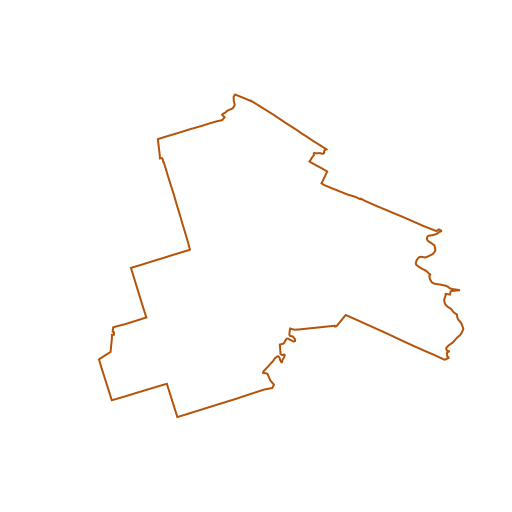 Gurbanesti, Calarasi, Romania (orthographic projection), rotated 71°
{"feature_id": "2599482B46558344458581", "entity_name": "Gurbanesti", "entity_type": "district", "adm_level": 2, "iso_a3": "ROU", "parent_name": "Romania", "parent_adm1": "Calarasi", "projection": "orthographic", "projection_center": [26.694, 44.368], "detail": "fine", "context": "isolated", "style": "outline", "palette": "amber", "viewbox_px": 512, "rotation_deg": 71, "n_neighbors": 0, "source": "geoboundaries", "source_scale": "gbopen_adm2", "svg_char_len": 5253}
<svg xmlns="http://www.w3.org/2000/svg" viewBox="0 0 512 512"><g transform="rotate(71 256 256)"><path d="M345.4,439.3L345.8,432.3L346.1,425.3L346.4,416.2L346.6,410.3L346.9,402.9L347.3,392.4L347.8,381.9L382.7,382.8L383.1,369.2L383.7,348.4L384.2,332.4L384.6,320.2L384.6,314.1L384.8,299.0L384.9,291.9L386.1,283.7L383.5,280.9L380.4,282.2L378.4,282.9L376.3,283.2L373.8,283.3L371.9,283.4L370.8,283.8L368.8,287.4L367.4,286.3L364.6,280.9L362.6,277.3L360.9,274.1L359.1,271.8L358.8,271.2L357.9,268.7L357.8,268.2L358.0,267.8L358.3,267.5L359.0,267.1L359.5,266.9L361.0,267.0L362.2,267.0L363.2,266.9L364.1,266.7L364.7,266.6L364.9,266.4L364.9,266.1L364.7,265.9L363.4,265.3L361.3,262.9L360.4,261.9L359.7,261.4L358.9,261.1L358.3,261.5L358.4,263.0L357.9,263.9L357.0,264.5L356.7,264.7L347.5,262.3L347.5,261.9L347.7,259.8L347.8,258.7L347.4,257.8L346.0,256.4L344.8,254.9L344.3,254.0L344.2,253.3L344.5,252.7L344.8,252.4L345.3,252.1L349.2,248.1L349.1,246.8L348.1,246.3L347.0,246.3L344.0,247.5L342.6,249.9L342.2,250.0L341.5,250.1L340.8,249.9L338.4,248.8L335.7,247.3L336.9,245.7L338.0,243.9L338.3,243.3L338.4,243.1L339.4,239.5L344.0,219.7L347.6,204.2L348.4,204.3L348.6,203.1L348.5,202.7L348.4,202.4L341.0,190.4L350.2,180.5L367.7,161.9L368.0,161.5L372.9,156.4L377.9,151.3L386.0,142.9L390.4,138.3L392.4,136.2L393.4,135.2L396.2,132.1L401.7,126.2L404.4,123.2L407.1,120.2L413.6,113.4L414.7,112.3L415.5,111.4L415.5,110.9L415.2,107.3L414.8,107.2L414.3,107.0L413.6,107.8L412.3,107.7L409.9,107.0L409.6,106.8L409.5,106.4L409.3,106.2L409.2,105.8L409.3,105.4L409.1,104.8L408.8,104.6L408.2,105.6L407.8,106.1L407.0,106.3L406.0,106.3L405.1,106.2L404.5,105.3L403.5,103.6L402.9,101.9L402.7,101.0L402.4,100.1L402.1,98.7L401.3,97.1L399.0,93.1L397.2,88.8L395.9,86.9L393.2,84.3L392.1,83.6L389.7,83.7L387.2,83.7L384.3,84.4L383.0,85.1L381.6,85.6L379.1,85.6L376.6,85.1L374.5,86.8L372.8,87.8L369.7,88.7L369.1,89.1L367.0,90.9L364.8,92.2L363.4,92.7L362.0,92.9L360.6,92.6L359.1,92.6L354.8,89.5L353.6,89.0L355.6,85.1L352.8,83.5L352.7,82.2L353.4,80.3L353.7,78.3L354.4,76.1L354.7,74.9L354.8,74.3L353.8,76.0L352.4,78.7L351.1,81.2L349.8,83.1L347.1,84.9L346.6,85.5L346.1,86.0L344.9,88.0L343.3,90.6L342.6,92.0L341.9,93.3L341.1,94.8L340.8,95.3L340.4,96.1L340.0,96.6L339.4,97.3L338.4,98.1L337.8,98.4L336.9,98.6L335.8,98.9L334.6,99.0L333.0,98.9L332.2,98.8L331.9,98.8L331.9,98.7L331.4,98.4L330.9,98.2L330.4,97.3L330.1,97.3L329.6,97.9L327.8,98.7L326.7,99.2L325.1,100.3L323.7,101.5L323.1,102.2L321.9,103.4L320.6,104.4L319.4,105.4L318.1,106.4L316.2,107.4L315.6,107.4L315.1,107.3L314.1,106.8L313.1,106.1L312.0,105.1L310.5,102.8L310.2,101.8L310.5,100.2L311.7,98.0L312.4,96.5L312.6,95.2L312.2,91.8L311.8,88.7L311.0,86.9L310.2,85.9L309.8,85.4L309.3,84.7L308.4,84.4L306.4,84.1L304.0,83.8L303.5,84.2L302.6,84.9L301.4,85.7L300.5,86.3L299.9,86.8L299.2,87.5L298.0,88.3L297.3,88.6L297.0,88.7L296.3,88.8L295.3,88.8L294.3,88.2L293.2,87.3L293.0,86.4L293.5,83.8L293.8,82.3L293.9,80.6L293.9,79.2L293.9,77.9L293.0,75.0L292.9,73.0L292.5,72.7L290.6,74.1L290.4,75.2L291.1,76.6L291.2,77.3L281.8,88.3L276.5,94.0L265.3,106.2L260.7,111.5L257.5,115.0L249.4,124.1L248.9,124.7L247.8,125.9L243.0,131.1L241.6,132.6L238.4,136.0L237.2,136.9L236.9,137.2L236.5,138.2L236.0,138.2L236.0,139.1L235.0,140.2L234.1,141.1L231.4,144.1L230.3,145.8L229.1,147.4L227.8,149.3L226.0,151.4L224.5,153.1L221.7,156.3L216.5,162.4L211.0,168.6L210.9,168.6L208.6,170.4L205.7,167.5L202.3,164.1L199.3,161.2L193.9,165.8L191.8,167.8L189.9,169.6L184.1,174.7L183.9,174.5L183.6,173.9L181.6,171.6L180.3,169.7L179.5,168.5L177.8,168.0L177.5,167.2L178.2,166.4L178.8,164.7L179.5,162.1L180.6,160.4L181.1,159.6L181.1,159.0L181.0,158.4L180.6,157.9L179.6,157.7L178.5,157.0L178.2,155.8L178.1,154.7L168.2,162.5L166.6,163.9L158.2,170.3L155.3,172.7L155.0,172.9L150.7,176.0L144.1,181.2L139.5,184.9L129.1,192.7L126.7,194.6L125.5,195.6L123.6,197.1L121.5,198.8L116.8,202.7L113.1,205.7L107.9,209.9L108.2,210.0L103.8,214.8L102.8,215.9L96.5,223.3L98.2,225.3L101.6,226.4L105.8,226.8L106.8,227.4L107.6,228.4L108.4,229.3L109.0,231.0L109.0,233.5L109.3,235.4L109.7,237.0L110.4,238.1L110.7,240.4L110.9,241.5L111.5,242.1L114.6,240.5L116.5,243.8L115.8,250.3L115.7,251.8L115.5,256.9L115.3,266.0L115.2,266.7L115.2,267.6L115.1,268.8L114.9,272.7L114.9,273.7L114.7,275.5L114.6,278.8L114.4,286.5L114.2,291.7L113.8,301.5L113.8,302.7L113.7,304.4L113.7,306.8L113.6,307.2L113.6,308.6L113.6,308.8L113.5,310.7L115.6,311.2L117.8,311.7L124.4,313.1L129.0,314.1L132.5,315.0L132.7,313.6L132.9,313.2L133.0,313.0L133.3,312.8L133.5,312.8L133.7,312.7L137.1,313.0L137.6,313.0L137.6,312.7L144.1,312.9L150.5,313.2L157.5,313.4L159.5,313.4L160.9,313.5L165.6,313.6L169.6,313.7L171.2,313.7L182.9,314.3L188.9,314.5L194.9,314.7L202.3,315.1L206.0,315.2L219.9,315.8L227.5,316.3L228.5,316.4L228.5,318.5L228.2,326.9L228.0,332.3L227.8,338.8L227.7,343.9L227.5,348.9L227.4,351.2L227.3,355.8L227.2,357.6L227.1,360.8L227.0,366.9L226.5,378.1L243.9,378.7L253.2,379.0L265.3,379.4L269.9,379.5L278.4,379.7L278.2,388.1L278.0,396.4L277.8,402.5L277.3,408.3L276.9,414.2L281.0,416.2L282.0,415.1L284.2,416.0L283.7,417.9L287.3,419.2L290.3,420.6L294.6,422.6L298.9,424.5L299.4,424.8L300.3,428.8L302.2,436.5L302.6,438.1L305.1,438.2L308.9,438.4L311.6,438.5L328.5,438.9L344.0,439.3L345.2,439.3L345.4,439.3Z" fill="none" stroke="#b45309" stroke-width="2"/></g></svg>